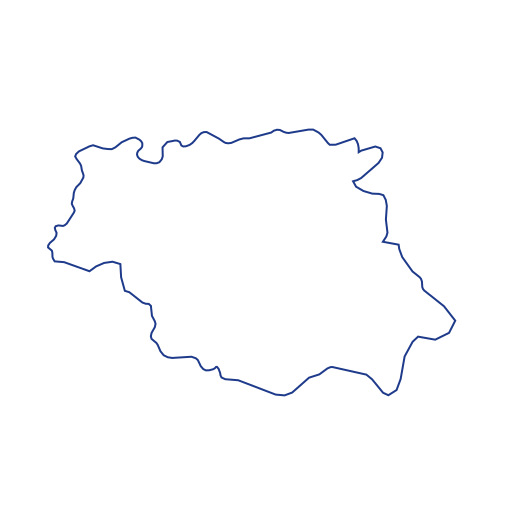 the border of Gers, rotated 9°
{"feature_id": "FRA-5294", "entity_name": "Gers", "entity_type": "Metropolitan department", "adm_level": 1, "iso_a3": "FRA", "parent_name": "France", "parent_adm1": "", "projection": "robinson", "projection_center": [0.302, 43.692], "detail": "fine", "context": "isolated", "style": "outline", "palette": "blue", "viewbox_px": 512, "rotation_deg": 9, "n_neighbors": 0, "source": "natural_earth", "source_scale": "10m", "svg_char_len": 2589}
<svg xmlns="http://www.w3.org/2000/svg" viewBox="0 0 512 512"><g transform="rotate(9 256 256)"><path d="M154.5,320.4L151.0,319.7L136.6,311.6L131.9,310.9L126.1,298.1L123.3,285.2L115.2,284.1L107.1,286.6L99.7,291.3L93.9,297.1L67.5,292.1L58.0,292.8L55.9,290.3L55.1,288.6L54.3,284.4L53.5,282.6L49.3,280.1L49.1,278.1L50.4,275.3L53.9,271.2L55.5,267.3L55.4,264.3L53.8,261.9L52.9,259.7L53.5,257.9L56.1,256.7L60.6,256.5L62.1,255.7L64.0,253.6L69.3,241.7L69.8,239.5L68.8,237.3L67.2,235.3L65.9,233.3L65.9,230.9L66.5,227.8L66.2,222.2L66.6,219.4L67.7,216.2L71.0,211.6L73.2,205.6L73.1,203.4L72.0,201.1L70.7,198.8L69.2,194.4L67.8,192.3L63.6,188.2L61.8,185.9L62.4,183.4L64.7,180.4L74.4,173.7L77.8,172.1L87.9,173.7L93.4,173.5L96.9,173.0L100.1,170.7L105.5,164.7L112.6,159.9L115.4,158.6L118.4,157.9L122.6,159.3L124.6,160.6L126.0,162.3L126.4,164.2L126.4,166.1L125.5,167.8L123.3,170.5L122.6,172.4L122.6,174.5L123.7,176.5L125.1,177.7L126.5,178.5L128.7,179.3L131.0,179.7L140.8,180.4L143.4,179.9L145.9,178.5L147.8,175.2L148.3,172.2L146.7,163.3L149.3,159.3L150.6,157.3L158.0,154.6L160.2,154.4L163.0,155.3L165.0,158.5L167.0,159.2L169.6,158.6L173.0,156.7L175.3,154.5L177.0,152.1L181.2,145.1L182.8,143.2L185.1,141.8L187.9,141.3L201.1,145.9L206.5,148.5L208.4,149.1L211.1,149.0L214.0,148.1L221.3,143.5L225.4,141.7L231.1,140.8L251.7,131.7L254.1,129.4L257.0,128.0L259.9,127.8L264.0,129.1L266.5,129.5L269.0,129.4L288.2,122.9L292.7,122.2L298.4,124.2L301.5,126.1L309.5,133.3L311.5,134.6L317.3,133.6L334.9,124.3L337.4,126.6L339.2,129.5L340.5,133.2L341.2,137.4L343.4,135.5L356.7,129.2L362.1,130.1L364.9,133.9L365.1,139.2L362.5,144.9L347.6,162.6L344.1,165.2L340.2,167.0L344.0,171.9L352.0,175.0L361.1,176.2L368.0,175.4L372.3,176.0L375.4,180.3L377.4,186.1L378.6,199.7L382.2,212.4L381.7,216.3L379.1,222.1L395.1,222.5L396.4,226.7L400.6,234.2L413.0,246.8L420.9,251.3L422.6,252.8L423.9,255.3L425.1,260.7L426.0,262.3L427.4,263.7L449.5,276.2L462.9,288.7L458.7,301.7L446.1,310.6L428.7,310.3L424.1,316.2L418.5,332.0L418.1,354.9L415.8,366.4L408.5,372.8L402.9,371.2L389.9,359.6L383.6,355.9L348.7,353.7L346.8,354.2L344.1,355.9L337.1,363.0L327.4,367.9L313.1,385.2L306.0,389.2L297.1,389.8L257.8,381.5L244.9,382.5L241.0,381.4L239.7,379.6L238.8,377.0L236.7,373.3L234.8,371.6L233.9,371.8L233.1,373.1L231.5,374.5L227.6,376.2L224.5,376.8L221.7,376.0L218.7,373.5L214.8,367.8L212.5,366.4L208.0,365.6L189.2,369.8L184.7,369.8L180.4,368.5L176.6,365.1L172.9,359.3L171.3,357.5L165.8,354.2L164.7,351.7L164.9,348.3L167.2,342.1L167.4,338.7L166.2,336.2L162.6,331.4L160.0,321.7L157.6,320.1L154.5,320.4Z" fill="none" stroke="#1e3a8a" stroke-width="2"/></g></svg>